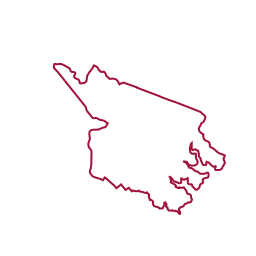 the district of Willoughby, New South Wales, Australia, rotated 41°
{"feature_id": "25037944B78861208186776", "entity_name": "Willoughby", "entity_type": "district", "adm_level": 2, "iso_a3": "AUS", "parent_name": "Australia", "parent_adm1": "New South Wales", "projection": "robinson", "projection_center": [151.215, -33.802], "detail": "fine", "context": "isolated", "style": "outline", "palette": "rose", "viewbox_px": 256, "rotation_deg": 41, "n_neighbors": 0, "source": "geoboundaries", "source_scale": "gbopen_adm2", "svg_char_len": 5927}
<svg xmlns="http://www.w3.org/2000/svg" viewBox="0 0 256 256"><g transform="rotate(41 128 128)"><path d="M61.1,103.3L61.8,104.9L62.1,108.1L62.3,110.0L62.2,111.0L62.4,112.5L63.0,115.3L63.9,116.9L65.3,118.9L66.0,120.3L65.7,121.8L65.3,122.7L64.2,124.3L63.0,125.4L62.4,125.7L61.9,125.6L60.6,124.5L59.6,124.0L58.3,124.1L56.7,124.7L55.7,124.9L54.5,124.9L53.8,124.8L53.3,124.3L52.8,122.2L52.5,121.6L52.1,121.1L51.4,121.0L50.8,121.1L48.7,122.6L48.1,122.7L47.4,122.7L45.9,121.7L45.1,121.4L44.2,121.4L37.9,122.7L36.0,123.3L34.3,124.6L32.5,126.6L30.9,127.5L30.6,127.8L30.5,128.2L31.1,129.5L32.6,131.2L38.0,131.8L43.3,132.7L81.7,139.7L82.3,139.9L85.6,142.0L93.9,143.5L94.6,143.5L95.6,143.1L96.3,142.5L97.6,141.1L101.0,140.4L102.9,139.4L105.0,138.2L109.6,137.7L110.3,140.8L110.3,141.6L110.1,142.6L108.6,144.6L106.7,148.6L103.1,151.9L102.0,153.3L101.5,154.1L101.4,154.7L101.6,156.2L102.4,157.6L106.4,161.2L108.0,165.4L109.1,166.7L110.9,168.1L114.4,168.9L115.2,169.2L115.9,169.7L124.3,179.7L126.1,182.4L127.6,185.7L128.2,186.4L129.1,186.9L132.2,187.6L133.7,187.5L135.4,186.9L141.2,184.3L143.4,183.8L142.9,180.6L144.4,180.4L155.3,180.5L158.8,181.0L159.8,175.1L166.9,176.3L167.1,175.0L167.5,173.9L167.9,172.6L172.4,173.3L172.7,171.9L174.4,171.3L174.9,170.8L175.8,170.3L176.3,169.8L177.4,168.1L178.3,168.3L178.6,168.2L180.8,166.8L183.6,165.7L184.3,165.1L184.6,164.5L184.6,164.2L185.7,164.5L186.7,164.3L187.6,164.5L189.0,166.4L190.7,167.2L191.0,167.6L191.4,167.6L191.7,167.9L192.1,167.4L192.7,167.0L194.9,167.0L195.3,167.2L196.2,168.5L196.7,168.7L196.8,169.0L198.3,169.7L199.0,169.8L200.4,169.1L201.3,168.8L202.3,168.1L203.4,168.1L203.9,167.8L204.8,168.0L206.8,165.9L206.9,165.5L206.2,164.0L205.7,162.0L205.2,161.3L204.5,160.7L204.9,160.3L205.0,159.7L205.6,160.0L207.1,160.3L208.1,162.3L209.8,162.0L210.1,162.6L210.4,162.9L211.0,162.9L211.7,163.3L212.7,163.6L213.0,163.5L213.7,162.8L214.9,162.0L215.1,161.3L215.3,161.1L215.6,161.0L215.8,161.1L216.2,161.0L217.1,160.1L218.4,159.6L218.3,159.3L218.7,159.0L219.0,159.0L219.9,158.7L220.6,158.8L220.7,158.7L222.1,158.9L223.0,159.2L223.6,158.7L223.0,157.7L221.7,156.9L220.6,156.6L220.2,156.4L220.3,156.2L219.7,155.7L219.4,155.2L219.6,154.7L219.5,154.2L219.6,153.5L220.6,152.0L221.2,150.3L220.9,149.2L221.0,148.9L220.8,148.6L220.9,147.7L221.7,146.7L221.9,146.2L222.1,145.5L222.1,144.9L222.3,144.4L223.4,143.8L223.8,143.3L223.9,142.7L223.6,141.0L223.3,140.1L222.5,139.6L221.4,139.3L220.1,137.8L219.1,137.5L218.2,137.5L217.5,137.8L216.6,138.4L215.0,138.4L214.5,137.9L213.1,137.2L212.8,137.0L212.4,136.9L210.5,136.5L209.5,136.4L209.3,136.2L208.6,136.6L208.4,136.9L208.2,137.4L207.2,138.4L206.5,138.8L206.4,139.1L205.9,139.2L205.9,139.6L205.7,139.7L205.8,139.9L205.3,140.4L205.0,140.5L204.8,140.3L204.5,140.4L204.1,140.6L202.7,141.2L202.4,141.0L202.3,140.5L202.1,140.2L200.6,139.9L195.9,141.0L195.5,140.0L195.0,139.4L193.1,138.1L191.6,137.6L191.7,137.3L191.9,137.3L193.7,137.2L195.7,137.6L197.1,138.1L198.0,138.1L199.1,137.3L199.4,137.4L201.1,136.6L202.4,136.4L203.1,135.9L203.8,135.1L203.8,134.1L203.4,133.6L202.8,133.1L202.2,132.0L201.2,131.3L201.6,130.8L203.3,130.7L204.3,130.2L204.6,129.7L204.9,128.8L205.7,127.8L205.9,126.7L206.4,126.9L206.7,127.5L207.2,127.9L208.8,129.9L209.8,130.5L210.3,130.5L211.8,129.8L212.5,129.4L212.7,128.9L213.0,128.8L214.2,129.2L215.1,130.0L217.2,129.8L218.6,130.2L219.5,130.0L220.1,129.8L220.4,129.3L220.8,128.6L220.9,126.5L220.6,125.3L219.8,124.0L219.5,123.2L219.8,122.1L220.3,121.4L220.5,120.1L220.2,119.6L219.2,118.9L218.4,118.1L218.2,117.8L218.1,117.3L218.2,116.8L218.8,116.0L219.2,114.9L220.6,113.3L220.8,112.5L220.5,112.0L219.6,110.6L218.8,109.7L218.4,109.5L217.7,109.3L217.3,109.5L217.0,109.8L216.6,110.5L216.6,111.0L215.3,112.9L213.0,114.7L212.2,115.1L211.0,115.3L209.3,115.1L207.4,116.3L205.8,116.3L204.8,116.2L204.5,116.4L202.9,116.5L201.7,116.9L201.1,117.4L200.2,117.7L199.1,117.5L198.0,116.9L197.0,116.6L194.9,116.1L193.5,116.3L192.3,116.7L192.2,116.5L193.2,115.8L194.1,115.2L194.6,115.1L196.4,115.4L197.1,115.7L197.5,116.0L197.8,116.0L198.0,115.7L199.3,115.4L200.4,114.9L202.4,113.1L203.3,111.9L203.6,111.1L203.6,110.4L203.6,109.5L203.4,108.6L203.0,108.1L202.6,107.6L199.6,106.4L199.1,106.1L197.2,104.3L196.5,103.2L196.2,103.0L195.2,103.3L194.5,104.4L193.0,105.4L191.9,105.6L190.7,105.3L188.0,102.8L186.8,100.2L186.1,99.4L186.0,99.0L186.0,97.6L187.3,99.0L189.2,101.5L190.3,102.1L191.1,102.4L191.4,102.3L191.9,101.0L192.5,100.4L192.7,99.9L194.5,99.8L195.3,99.3L195.8,99.2L196.9,99.8L197.3,100.3L198.6,101.1L199.2,101.7L199.5,102.5L200.0,103.0L202.4,103.2L204.9,105.0L206.4,105.5L208.0,106.4L209.0,106.4L209.8,106.1L210.1,105.8L210.6,104.8L211.1,104.5L211.0,104.3L210.1,103.2L209.6,102.1L209.6,101.9L210.2,101.9L211.5,101.2L212.5,101.0L214.3,101.4L216.1,101.4L216.3,101.3L217.7,101.3L218.5,100.8L218.9,100.4L219.1,100.0L219.0,99.5L219.3,99.4L219.6,99.5L220.0,100.9L220.3,101.6L221.0,102.1L221.7,102.2L224.5,99.7L225.2,98.6L225.5,97.0L224.9,95.3L224.7,93.7L224.3,93.0L224.4,91.9L224.2,91.1L222.7,89.8L221.5,89.4L220.3,88.6L220.1,88.2L220.1,87.6L219.6,86.7L219.5,85.8L219.0,85.2L216.7,85.9L214.4,86.9L213.1,87.3L211.4,87.5L205.7,87.5L203.9,88.0L202.9,88.4L202.1,88.2L200.7,86.9L199.2,85.9L198.3,85.6L197.7,85.6L195.3,86.5L192.9,86.6L192.4,86.4L190.7,85.2L190.0,84.9L189.4,84.2L189.2,83.4L187.9,83.5L187.0,83.8L185.9,83.8L184.2,83.6L183.2,83.2L181.9,82.1L181.2,80.2L180.9,78.1L180.3,76.3L180.9,74.3L180.9,73.3L180.5,71.7L180.0,70.5L179.0,68.8L178.8,68.6L176.9,68.4L171.6,68.4L170.4,69.1L169.8,69.1L168.3,69.7L156.7,73.8L144.4,78.3L143.6,78.8L133.7,82.5L131.9,83.1L131.5,83.1L109.2,91.4L109.0,91.5L108.8,91.2L95.0,96.6L94.6,96.9L94.3,97.8L94.0,98.4L93.4,99.0L92.9,100.7L91.5,100.3L90.4,99.5L87.7,99.1L86.6,99.3L84.6,100.3L81.8,103.0L80.2,102.8L77.9,103.0L77.3,102.8L75.2,101.6L74.0,101.3L73.1,101.3L72.5,101.6L71.9,102.5L71.1,103.1L70.2,103.6L68.6,103.1L67.6,103.4L66.2,102.5L64.9,102.3L63.3,102.5L61.1,103.3Z" fill="none" stroke="#9f1239" stroke-width="2"/></g></svg>